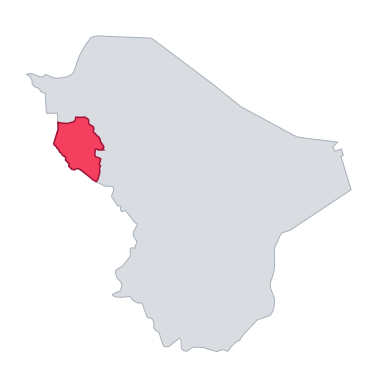 Maysan on a map of Iraq (Robinson projection), rotated 177°
{"feature_id": "IRQ-3226", "entity_name": "Maysan", "entity_type": "Province", "adm_level": 1, "iso_a3": "IRQ", "parent_name": "Iraq", "parent_adm1": "", "projection": "robinson", "projection_center": [47.004, 31.976], "detail": "fine", "context": "in_parent", "style": "filled", "palette": "rose", "viewbox_px": 384, "rotation_deg": 177, "n_neighbors": 0, "source": "natural_earth", "source_scale": "10m", "svg_char_len": 4783}
<svg xmlns="http://www.w3.org/2000/svg" viewBox="0 0 384 384"><g transform="rotate(177 192 192)"><path d="M151.8,41.3L154.9,40.5L160.7,35.9L164.1,31.5L165.2,31.1L168.2,32.6L170.4,33.0L175.4,31.3L178.3,32.2L180.8,33.3L182.2,33.4L188.8,36.1L190.5,36.4L193.9,36.7L199.0,36.9L202.4,35.1L204.7,33.4L206.4,33.4L208.0,33.8L209.3,34.6L210.4,35.9L210.9,37.7L210.6,43.5L211.1,45.0L212.0,46.2L213.2,46.4L214.6,45.1L217.1,43.2L220.1,41.2L222.3,39.4L223.6,38.7L225.6,38.8L227.6,39.1L228.7,40.0L228.7,40.3L229.7,43.0L232.3,53.3L233.8,54.5L235.5,55.6L236.7,57.2L237.2,58.7L237.0,61.1L237.0,63.8L237.7,65.9L238.7,67.5L239.6,68.3L241.0,68.4L242.6,68.8L243.7,70.4L247.2,82.0L247.5,83.5L249.0,84.0L251.4,83.8L253.9,85.0L256.6,86.9L259.1,90.5L260.8,91.0L266.1,90.5L273.4,91.1L276.8,92.9L276.4,94.0L273.8,95.3L269.2,96.8L267.8,99.3L267.0,102.5L267.1,104.4L268.3,106.4L271.5,110.3L271.7,111.8L272.3,113.8L272.9,115.2L272.2,117.8L269.2,119.7L265.3,121.7L257.4,130.6L256.8,132.5L256.9,137.8L256.1,139.3L253.6,139.3L251.7,139.0L251.6,140.8L250.3,143.3L249.6,145.4L252.5,150.5L253.0,153.2L252.5,155.6L249.8,159.8L248.2,162.7L248.6,163.3L250.7,164.4L257.1,173.7L259.2,176.9L262.0,176.1L263.0,176.1L263.8,176.7L264.3,177.8L264.3,179.1L263.6,181.2L267.1,182.1L268.3,184.2L272.4,191.4L272.2,193.5L270.3,196.9L270.2,199.2L270.6,201.2L271.3,201.9L277.3,202.2L279.9,203.0L286.1,206.7L293.3,212.4L299.1,217.0L304.1,221.0L309.4,220.7L310.9,221.4L312.2,222.6L313.8,225.9L316.8,233.2L319.4,235.6L323.5,241.5L327.2,247.0L324.8,254.5L322.4,262.3L322.4,272.3L322.4,277.7L327.5,277.9L333.2,278.2L333.3,284.6L333.4,291.1L333.4,298.5L335.1,298.8L337.8,300.4L338.9,302.8L340.4,304.1L342.1,304.3L343.8,305.5L345.5,307.6L346.2,309.3L345.7,310.4L346.1,312.3L347.3,315.1L348.7,316.4L351.0,318.0L347.9,319.0L344.7,318.2L337.7,315.0L335.4,314.9L332.4,316.1L332.3,317.2L324.9,313.6L322.2,312.9L321.3,312.8L317.1,312.8L311.0,313.5L307.5,315.0L305.0,316.5L303.9,318.1L303.5,318.9L301.6,323.4L299.3,329.2L297.0,334.5L292.5,341.9L290.0,345.3L284.7,351.6L278.9,352.9L265.5,351.6L250.7,350.2L235.9,348.9L224.9,347.8L224.1,347.5L213.3,338.5L204.7,331.3L194.0,322.4L183.2,313.3L172.2,304.1L164.2,297.4L154.6,288.7L145.8,280.9L138.9,274.7L130.0,269.3L123.0,265.0L112.9,258.9L104.8,253.9L97.9,249.7L87.3,243.2L83.7,241.4L72.6,239.2L62.1,237.4L51.2,235.5L43.9,234.2L48.9,229.6L47.5,225.4L44.0,226.2L40.7,227.2L38.9,220.7L41.4,219.9L39.3,211.5L37.2,202.8L35.1,194.4L33.0,185.9L42.4,180.4L49.3,176.3L59.1,170.5L68.4,165.0L77.4,159.7L87.2,153.9L96.0,148.7L103.9,146.6L105.7,144.9L109.4,137.8L112.6,131.7L112.8,130.3L112.9,121.7L113.7,111.6L114.9,106.3L116.7,101.5L118.4,98.0L118.7,94.8L118.5,91.5L116.9,86.5L115.3,81.3L115.6,76.3L116.0,73.6L117.2,69.3L119.1,66.2L121.2,64.3L128.7,62.3L133.1,61.1L139.2,55.5L142.8,52.2L147.8,47.0L151.4,43.2L151.8,41.8L151.8,41.3Z" fill="#d9dde1" stroke="#a8b0b8" stroke-width="1"/><path d="M287.1,207.2L287.3,207.2L288.8,208.5L290.9,209.7L292.2,211.3L302.0,219.9L303.1,220.7L304.1,221.2L305.1,221.4L306.3,221.3L306.8,221.1L308.3,220.2L308.8,220.3L310.6,220.9L311.3,221.3L311.7,221.8L312.1,222.4L312.7,223.1L313.5,223.7L313.7,224.0L313.8,224.5L313.6,224.7L313.5,224.9L313.2,225.6L313.0,225.8L313.0,226.0L313.3,226.5L314.4,227.7L314.5,227.9L314.7,228.1L315.2,228.9L315.4,229.1L315.8,229.3L315.9,229.8L316.6,230.3L316.7,230.8L316.7,231.3L316.5,231.7L316.3,232.0L316.2,232.4L316.1,233.0L316.2,233.3L316.4,233.5L316.9,233.6L317.3,233.9L317.6,234.3L317.9,234.6L318.4,234.7L319.0,234.9L319.1,235.0L319.5,235.7L320.3,237.4L320.8,238.0L321.9,238.6L322.3,239.3L322.4,239.9L323.6,242.1L323.8,242.4L324.4,242.8L324.6,243.0L324.8,243.3L325.0,244.0L325.1,244.3L325.6,244.9L326.9,245.9L327.4,246.6L327.5,247.4L327.3,248.3L322.3,262.0L322.3,268.6L317.7,267.5L313.1,267.0L311.6,267.1L307.0,268.3L305.9,268.9L305.2,269.4L304.6,270.4L304.3,272.8L298.5,272.4L295.1,272.4L293.8,271.7L293.4,271.3L291.9,270.1L291.7,269.8L291.6,269.6L291.5,269.2L291.5,268.9L291.5,268.5L291.6,267.1L291.6,266.6L291.6,266.3L291.5,266.0L291.3,265.6L290.9,265.0L290.5,264.6L290.1,264.3L287.2,262.5L286.7,260.9L286.7,260.5L286.7,260.0L287.1,259.3L287.2,258.8L287.4,258.0L287.3,257.4L287.0,256.8L286.7,256.4L285.6,255.5L285.1,254.9L284.1,253.3L283.9,253.1L282.9,252.5L281.6,251.0L280.9,249.1L281.0,248.5L281.0,247.6L278.5,243.4L277.6,241.6L278.0,240.9L278.5,240.6L279.0,240.4L279.0,240.1L278.6,239.6L277.9,238.8L281.9,238.7L283.2,238.8L284.4,239.5L285.6,239.8L286.3,239.7L287.2,233.9L286.8,233.2L286.2,232.2L282.2,230.5L281.6,230.0L281.5,229.4L281.7,228.7L283.1,224.7L283.1,224.4L283.0,224.1L282.8,223.8L282.3,223.4L282.0,223.1L282.1,222.8L282.3,222.3L282.7,221.6L282.8,221.4L282.9,220.8L283.0,220.4L283.1,220.0L283.0,217.6L283.2,215.8L285.4,209.3L285.6,209.0L286.3,208.4L286.6,208.1L287.1,207.2Z" fill="#f43f5e" stroke="#9f1239" stroke-width="1.5"/></g></svg>